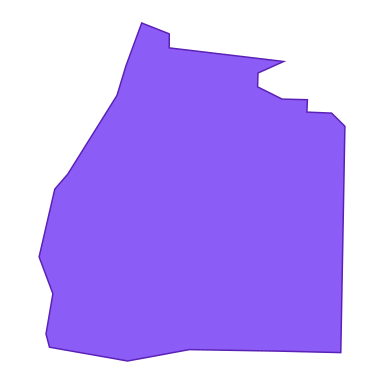 Quitman, Georgia, United States of America
{"feature_id": "52423323B98878811528478", "entity_name": "Quitman", "entity_type": "district", "adm_level": 2, "iso_a3": "USA", "parent_name": "United States of America", "parent_adm1": "Georgia", "projection": "orthographic", "projection_center": [-85.022, 31.882], "detail": "fine", "context": "isolated", "style": "filled", "palette": "violet", "viewbox_px": 384, "rotation_deg": 0, "n_neighbors": 0, "source": "geoboundaries", "source_scale": "gbopen_adm2", "svg_char_len": 404}
<svg xmlns="http://www.w3.org/2000/svg" viewBox="0 0 384 384"><path d="M344.9,126.3L331.6,113.1L306.9,112.1L307.4,99.7L282.1,99.1L257.6,86.9L258.0,73.0L283.6,61.5L169.2,47.9L169.3,33.9L141.7,23.0L125.9,66.0L117.0,95.4L67.7,174.2L54.8,189.1L39.1,256.9L52.9,293.7L46.0,334.0L49.5,347.2L127.5,361.0L189.3,349.6L277.8,351.1L340.8,352.6L344.9,126.3Z" fill="#8b5cf6" stroke="#5b21b6" stroke-width="1.5"/></svg>